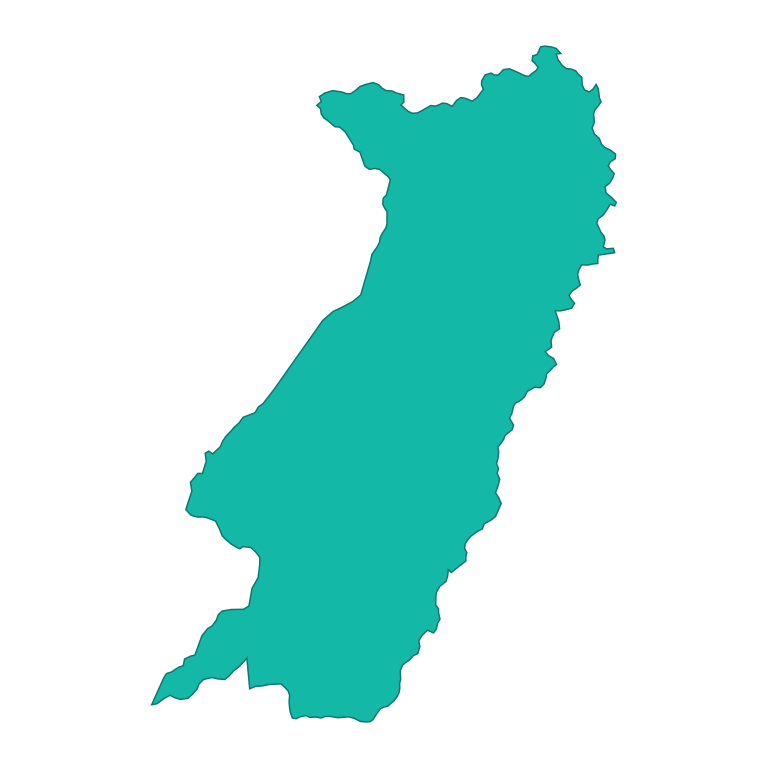 outline of Barro Alto, Goiás, Brazil
{"feature_id": "56859067B57270530570093", "entity_name": "Barro Alto", "entity_type": "district", "adm_level": 2, "iso_a3": "BRA", "parent_name": "Brazil", "parent_adm1": "Goiás", "projection": "orthographic", "projection_center": [-48.875, -14.903], "detail": "fine", "context": "isolated", "style": "filled", "palette": "teal", "viewbox_px": 768, "rotation_deg": 0, "n_neighbors": 0, "source": "geoboundaries", "source_scale": "gbopen_adm2", "svg_char_len": 4513}
<svg xmlns="http://www.w3.org/2000/svg" viewBox="0 0 768 768"><path d="M559.6,328.7L558.7,321.2L557.1,316.3L555.1,310.6L559.9,310.9L564.4,310.1L571.6,308.2L574.6,303.3L571.2,299.2L568.9,295.4L572.4,290.7L576.1,288.5L580.3,285.0L578.7,279.6L577.6,274.3L578.9,269.9L581.6,264.9L588.0,265.0L593.3,263.9L597.8,263.5L597.8,259.2L598.4,255.1L606.1,254.0L614.6,252.7L613.3,248.3L606.5,248.9L603.3,246.7L605.0,240.1L603.9,235.9L601.0,232.4L596.8,223.2L598.1,219.0L603.7,214.5L607.6,208.7L610.2,204.2L614.7,206.0L616.3,202.5L611.5,197.4L606.1,193.0L605.0,186.7L609.8,182.9L612.8,177.7L614.2,173.7L610.6,169.5L608.3,165.9L610.3,161.9L615.2,158.7L615.6,154.0L610.4,150.1L604.8,147.5L601.4,144.0L599.3,138.4L594.4,134.1L592.1,128.1L594.3,122.3L593.6,114.0L594.7,110.2L598.4,105.7L601.0,101.7L599.4,97.7L598.3,88.8L596.1,84.4L593.2,88.9L589.5,91.9L584.5,90.0L582.2,84.9L581.8,77.4L578.0,74.0L575.7,70.8L571.3,69.1L566.4,68.6L562.1,65.4L558.0,59.5L556.2,54.0L560.8,53.5L556.3,48.5L551.3,46.9L544.6,46.1L540.6,46.9L538.7,51.3L537.0,54.6L532.8,55.8L532.1,60.7L535.4,63.9L538.1,67.4L536.2,70.5L532.3,73.2L528.8,76.3L525.0,75.9L518.5,72.7L509.5,68.8L503.4,69.6L498.4,75.0L494.5,75.1L491.1,73.1L485.1,74.9L481.7,80.8L481.5,84.9L483.3,89.3L477.0,97.7L472.3,101.1L465.0,98.2L460.7,97.6L456.5,100.5L452.2,106.4L446.5,103.5L442.4,103.1L439.2,104.7L435.5,106.1L430.8,105.5L422.4,110.3L417.5,112.9L412.3,113.3L408.2,111.4L400.8,105.0L403.9,102.1L403.7,95.0L396.2,92.9L391.9,90.9L386.4,90.7L382.2,88.3L378.5,84.6L373.0,82.6L365.8,84.4L360.2,86.4L354.9,90.9L350.8,93.6L347.1,93.8L341.3,91.9L332.7,90.6L324.9,93.0L319.3,96.7L321.3,101.5L316.8,105.4L320.5,108.6L321.3,114.1L324.1,118.1L328.2,121.0L334.9,126.7L339.6,127.1L345.3,132.0L353.5,145.3L354.2,149.2L359.9,152.1L364.9,166.3L369.3,169.3L375.0,168.5L379.5,169.3L388.2,176.7L390.3,179.7L386.4,195.1L383.2,198.2L382.8,204.1L384.4,207.7L387.0,211.6L387.0,223.8L385.8,228.1L382.5,232.9L380.1,237.8L379.5,242.3L377.2,246.8L371.9,254.4L370.5,261.2L360.7,295.0L352.8,301.5L342.6,307.0L333.2,311.4L322.6,320.6L312.4,335.2L287.4,370.4L274.4,389.0L263.1,403.5L258.5,406.9L254.9,412.8L243.1,417.3L239.0,423.0L234.1,427.3L231.5,430.5L225.7,436.6L222.7,441.1L220.3,446.8L216.2,450.5L212.7,453.9L208.7,451.1L205.2,453.3L206.2,461.3L202.4,473.5L197.9,473.4L194.3,477.9L190.4,482.3L191.9,491.0L187.0,505.9L185.8,509.6L190.7,514.9L194.3,516.3L198.3,517.1L202.5,516.9L207.0,517.7L215.5,521.0L219.4,528.7L222.1,535.6L226.3,540.0L231.0,543.9L236.3,547.2L240.0,548.8L242.9,546.6L246.7,547.0L250.8,547.5L255.5,551.8L259.8,557.3L259.7,565.0L258.6,573.6L258.1,577.6L255.0,583.2L252.1,588.2L248.9,606.0L243.4,609.3L231.4,609.5L222.2,611.0L218.3,614.7L216.3,620.3L212.0,626.0L207.7,628.5L201.9,635.8L194.9,655.1L190.6,656.1L184.6,659.0L183.2,665.7L178.9,667.1L171.4,672.0L166.4,673.6L163.8,677.8L151.7,704.7L157.0,703.7L164.2,698.4L170.0,695.3L175.5,698.0L180.3,699.4L187.8,698.4L192.3,694.5L197.2,688.8L199.1,683.9L203.4,679.5L211.7,677.5L218.0,678.9L224.8,679.5L228.6,676.4L233.6,670.9L238.7,666.9L244.2,661.2L246.9,658.1L249.7,688.8L255.4,686.4L262.4,685.9L268.8,684.5L275.8,684.1L281.2,683.9L285.1,687.7L288.0,690.8L289.6,695.1L289.1,702.2L289.6,708.1L290.3,712.1L292.3,718.0L296.2,718.7L300.0,716.8L306.0,715.6L309.8,717.3L315.8,717.0L321.2,718.0L325.3,716.4L330.3,716.4L337.8,717.7L343.5,717.3L348.4,716.8L353.9,718.2L360.4,721.4L365.9,721.9L369.9,721.7L373.1,719.6L376.5,714.0L380.4,708.7L384.3,706.9L387.8,706.2L390.9,703.4L393.9,700.9L397.2,696.4L399.0,692.8L399.8,688.3L399.6,683.3L400.6,679.4L400.3,670.6L402.7,665.0L405.7,662.5L409.7,659.8L413.3,655.6L417.8,653.6L419.8,646.5L418.8,640.8L422.0,635.5L427.4,630.2L433.5,632.9L436.3,629.2L437.6,623.3L440.0,619.1L438.6,613.0L438.5,608.7L435.7,605.1L435.9,595.7L436.7,591.7L439.8,586.3L446.0,581.5L447.6,576.2L448.3,569.7L451.4,572.5L455.7,568.9L461.0,564.8L465.8,561.0L465.9,556.5L466.8,552.6L464.6,548.4L465.2,543.8L467.2,540.6L470.8,536.2L477.3,531.5L482.4,528.9L484.2,523.7L490.8,520.3L495.5,516.5L497.8,511.3L501.2,503.5L498.7,497.7L495.5,492.7L497.3,488.0L498.5,484.3L499.7,479.1L497.2,473.5L498.5,468.5L496.5,463.6L498.2,457.6L498.7,451.9L497.8,447.1L500.9,443.5L503.6,439.4L504.8,435.8L508.5,432.5L512.1,429.8L513.6,425.2L509.6,418.3L511.9,413.1L513.5,406.3L515.5,403.2L520.3,400.5L524.4,397.1L527.2,391.5L534.7,387.2L540.2,387.7L543.9,384.2L546.1,377.7L546.5,374.0L550.4,370.3L553.3,366.9L556.5,364.5L553.7,358.6L548.5,355.5L545.2,351.6L551.6,347.2L551.0,340.1L554.3,332.4L559.6,328.7Z" fill="#14b8a6" stroke="#0f766e" stroke-width="1.5"/></svg>